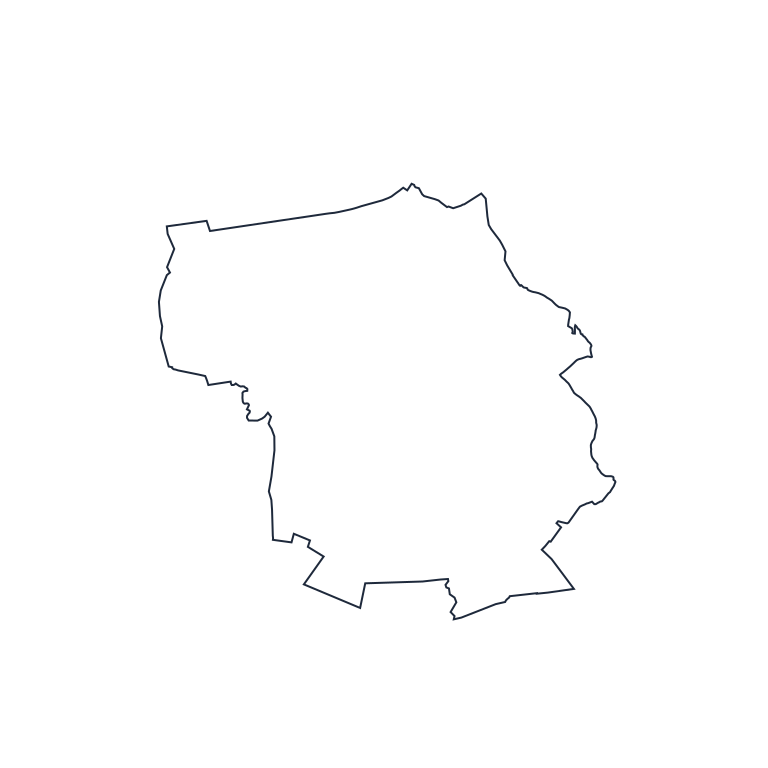 the district of Dobreni, Neamt, Romania, rotated 210°
{"feature_id": "2599482B23692151151374", "entity_name": "Dobreni", "entity_type": "district", "adm_level": 2, "iso_a3": "ROU", "parent_name": "Romania", "parent_adm1": "Neamt", "projection": "albers", "projection_center": [26.4, 46.994], "detail": "fine", "context": "isolated", "style": "outline", "palette": "slate", "viewbox_px": 768, "rotation_deg": 210, "n_neighbors": 0, "source": "geoboundaries", "source_scale": "gbopen_adm2", "svg_char_len": 6094}
<svg xmlns="http://www.w3.org/2000/svg" viewBox="0 0 768 768"><g transform="rotate(210 384 384)"><path d="M646.4,405.8L633.2,396.1L630.3,376.7L625.1,373.5L626.5,369.7L624.1,353.4L620.0,342.6L612.0,330.8L604.9,323.0L600.1,312.1L579.2,291.5L575.8,292.6L575.3,291.8L573.6,291.6L571.6,292.3L569.2,292.8L549.5,299.4L542.8,301.5L541.1,300.2L538.7,298.2L535.6,295.3L518.0,309.4L516.8,307.9L515.4,307.0L514.1,307.7L513.2,308.7L512.6,310.3L511.0,310.1L508.6,309.9L506.7,310.2L505.5,311.2L503.9,311.9L503.0,311.7L501.9,311.5L501.0,311.7L499.8,311.3L499.0,309.7L500.6,308.5L501.9,307.2L502.1,305.4L501.3,304.3L499.6,301.1L497.5,298.2L496.7,297.6L496.0,297.3L495.4,297.2L494.7,297.3L494.2,297.7L493.6,298.3L492.2,299.0L491.2,298.8L490.4,298.2L490.0,293.5L487.0,293.7L486.3,292.9L486.1,291.7L486.5,290.3L486.6,287.8L485.7,286.2L482.9,284.7L475.2,289.1L472.3,293.1L471.0,296.0L470.2,301.1L467.8,300.1L465.5,299.2L464.2,292.0L461.7,290.4L459.0,289.0L452.8,283.8L445.7,271.8L435.2,247.6L430.0,233.4L423.6,227.3L418.0,219.0L404.5,197.1L402.9,194.9L402.3,193.5L384.9,200.6L387.2,209.2L369.9,211.5L368.5,204.9L350.0,204.4L353.2,170.4L292.7,178.1L300.6,202.0L251.9,232.2L237.2,243.0L231.1,247.1L229.7,245.4L230.3,240.8L228.3,239.0L225.5,239.4L221.9,234.8L216.1,234.3L212.2,231.1L212.3,219.8L206.9,218.3L205.9,215.1L200.2,220.4L177.2,249.2L170.1,255.8L170.2,257.5L169.7,259.5L168.9,261.6L169.0,263.1L147.0,279.3L146.8,278.8L137.9,285.2L117.1,301.5L137.8,310.4L151.4,316.2L164.5,319.4L163.3,324.3L162.3,330.5L160.8,330.8L159.0,348.4L160.9,348.8L165.0,349.7L164.6,352.2L164.2,352.4L161.4,353.1L156.5,354.6L155.5,355.1L154.9,356.3L154.7,358.3L154.6,359.5L153.4,372.3L153.0,375.7L151.6,377.9L150.8,378.9L149.6,380.5L148.8,381.8L147.6,382.9L145.0,386.1L141.8,385.1L140.5,385.9L139.0,388.6L138.7,388.9L138.0,390.2L137.7,390.5L136.7,391.3L136.4,392.1L135.1,400.8L135.0,401.5L134.2,403.4L134.2,404.2L134.2,405.3L134.1,407.2L134.1,408.3L134.0,408.8L134.0,409.1L134.0,409.7L134.0,409.9L134.0,410.2L133.9,410.5L134.4,413.4L134.5,414.3L134.5,414.5L134.7,415.0L135.0,415.2L135.2,415.4L135.5,415.5L136.0,415.7L136.8,415.7L137.2,415.8L137.4,415.9L137.5,416.0L137.7,416.3L138.0,416.9L138.1,417.2L138.5,417.7L138.7,417.9L139.0,418.0L139.5,418.1L139.9,418.0L140.9,417.8L141.8,417.4L145.1,415.5L145.7,415.2L146.2,415.0L147.0,415.0L147.3,415.0L148.1,415.0L150.6,415.3L151.6,415.6L154.4,417.0L155.8,417.5L156.4,417.8L156.8,418.1L157.3,418.5L157.8,419.0L158.4,420.1L158.7,420.9L158.9,421.1L159.3,421.4L160.1,421.7L163.9,423.0L164.9,423.5L166.3,424.1L166.9,424.5L167.3,424.8L168.3,425.6L169.1,426.5L170.1,427.9L171.1,429.3L171.3,429.7L171.7,430.6L172.1,431.3L173.3,432.8L173.8,433.7L174.1,434.1L174.4,434.8L174.6,435.6L174.7,436.2L174.8,436.7L174.9,438.0L175.0,438.5L174.9,439.0L174.9,439.4L174.8,439.9L174.7,440.5L174.6,441.5L174.7,442.0L174.8,442.7L175.9,445.5L176.1,446.1L176.2,446.5L177.2,449.1L177.4,449.4L177.5,449.9L177.7,450.7L178.0,451.9L178.3,452.8L179.0,454.3L179.6,455.2L180.5,456.1L181.0,456.7L181.8,458.1L182.2,458.6L183.0,459.5L184.0,460.4L185.4,461.5L186.1,461.9L187.2,462.6L189.2,463.9L189.9,464.4L191.3,465.2L192.3,465.9L193.7,466.7L194.3,467.0L195.0,467.3L200.6,468.7L201.8,469.1L205.9,470.2L206.6,470.4L207.9,470.5L209.3,470.7L210.5,470.7L212.4,470.9L213.7,471.1L215.1,471.4L215.6,471.7L216.2,472.1L217.2,472.7L217.9,473.0L219.7,474.1L223.0,476.0L224.4,476.7L225.5,477.0L227.3,477.4L229.3,478.0L231.6,478.4L233.4,478.7L234.8,479.2L236.2,479.9L235.7,481.5L234.7,483.6L233.6,486.6L232.9,488.5L232.8,488.9L232.1,490.9L231.6,492.3L230.7,495.3L230.1,497.3L229.9,498.2L229.6,499.1L229.4,499.9L229.2,500.3L229.1,500.7L228.7,501.5L228.0,502.5L227.2,503.4L226.5,504.0L225.0,505.6L224.6,506.1L222.7,508.3L221.8,509.3L221.5,509.6L221.3,509.7L220.8,509.9L219.7,510.3L219.0,510.4L218.2,510.7L218.0,510.9L217.8,511.0L217.6,511.2L217.5,511.4L217.5,511.6L218.5,512.5L220.1,514.2L221.3,515.6L222.0,516.4L222.3,516.9L222.5,517.2L223.1,518.4L223.2,518.8L223.3,519.0L223.3,519.9L223.3,520.3L223.5,520.7L223.6,521.0L224.1,521.4L224.5,521.7L225.4,522.1L226.1,522.4L226.7,522.6L227.7,522.7L228.7,523.0L229.3,523.3L230.0,523.7L230.8,524.0L232.2,524.6L233.5,525.1L233.8,525.2L234.5,525.1L235.1,525.3L235.4,525.4L236.1,525.4L236.3,525.5L236.5,525.6L236.7,525.9L236.9,526.2L237.1,526.2L237.3,526.1L237.5,526.0L237.7,525.9L238.2,525.8L238.5,525.9L238.7,526.0L239.0,526.2L239.3,526.5L240.6,527.8L240.8,528.0L241.3,528.4L241.7,528.5L242.6,528.8L243.7,528.9L244.7,529.3L245.5,529.8L246.0,530.0L246.8,530.3L247.7,530.5L247.6,530.0L247.5,529.5L247.2,528.9L247.1,528.5L246.2,527.1L245.8,526.5L244.5,524.2L243.9,523.1L245.1,522.5L245.9,522.2L246.5,522.3L246.7,523.7L248.2,525.5L248.8,525.9L249.4,526.2L250.8,526.2L253.5,526.2L254.1,527.3L254.6,528.6L255.7,531.4L256.0,532.1L256.4,533.7L257.0,535.1L257.5,536.3L257.8,536.9L258.8,539.0L259.3,539.2L260.6,539.8L261.4,539.9L262.1,540.0L263.4,540.0L264.8,540.0L266.3,539.6L268.3,539.0L270.7,538.2L271.1,538.1L272.1,538.2L274.5,538.5L276.2,538.9L278.3,539.5L280.0,540.0L280.6,540.1L283.8,540.3L286.1,540.3L287.7,540.5L289.1,540.6L291.4,540.5L292.2,540.4L293.6,540.2L295.5,540.0L299.0,539.0L300.0,538.6L301.6,538.1L303.2,537.8L304.5,537.6L305.6,537.5L306.2,537.5L306.5,537.5L307.1,537.8L307.8,538.4L307.9,538.5L308.1,538.5L308.3,538.5L310.3,537.8L310.9,537.6L311.3,537.5L312.1,537.6L313.9,538.1L314.8,538.2L315.1,537.9L315.1,537.7L315.1,537.4L315.1,537.2L315.3,537.1L315.7,537.2L316.6,537.5L318.3,538.4L319.0,538.7L326.3,542.2L326.9,542.5L327.1,543.0L336.6,548.3L341.4,551.5L345.1,559.6L351.3,563.7L355.4,566.1L368.6,571.7L372.8,574.1L378.3,580.9L381.2,585.0L388.6,595.4L395.0,597.6L404.3,579.8L405.4,578.8L406.6,576.8L412.0,570.8L416.8,570.0L417.9,568.7L425.1,569.6L428.5,570.2L432.4,569.5L443.2,566.8L445.8,567.4L451.7,571.0L455.1,570.1L456.4,570.6L457.4,571.5L460.2,571.2L460.7,563.3L465.5,563.6L466.6,561.0L467.2,559.4L468.9,555.7L471.3,550.1L473.2,547.3L477.3,542.2L492.5,526.7L495.8,523.0L497.5,521.2L499.4,519.3L501.0,517.8L509.0,510.5L512.6,507.4L516.5,504.6L519.6,502.2L532.8,491.7L553.5,475.3L611.2,429.5L619.2,436.6L650.9,411.9L646.4,405.8Z" fill="none" stroke="#1e293b" stroke-width="2"/></g></svg>